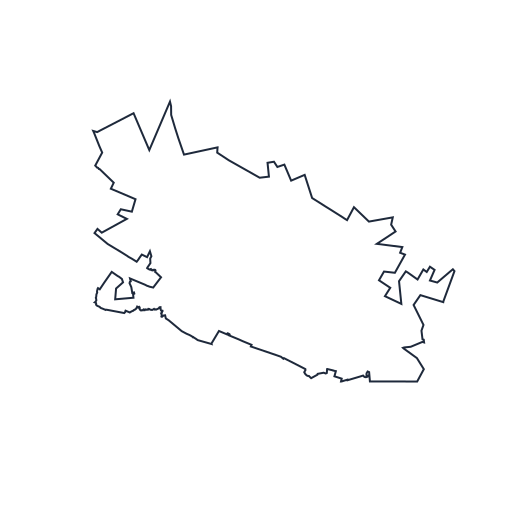 Cusihuiriachi, Chihuahua, Mexico, rotated 203°
{"feature_id": "50627088B62303278534016", "entity_name": "Cusihuiriachi", "entity_type": "district", "adm_level": 2, "iso_a3": "MEX", "parent_name": "Mexico", "parent_adm1": "Chihuahua", "projection": "mercator", "projection_center": [-106.822, 28.208], "detail": "fine", "context": "isolated", "style": "outline", "palette": "slate", "viewbox_px": 512, "rotation_deg": 203, "n_neighbors": 0, "source": "geoboundaries", "source_scale": "gbopen_adm2", "svg_char_len": 5465}
<svg xmlns="http://www.w3.org/2000/svg" viewBox="0 0 512 512"><g transform="rotate(203 256 256)"><path d="M157.5,165.1L153.1,170.7L153.2,171.6L148.1,175.0L145.9,175.1L145.1,176.0L146.4,179.7L146.3,179.8L140.4,180.8L140.3,180.7L137.5,181.2L136.8,175.9L129.2,176.6L128.7,173.7L128.1,174.0L126.5,175.4L123.5,177.9L123.2,177.4L112.9,185.9L110.7,187.8L109.1,187.1L108.5,187.1L107.7,187.3L107.0,187.7L106.5,188.2L106.1,188.6L105.9,189.1L105.9,189.5L106.1,189.6L106.4,189.2L106.8,189.0L107.4,189.0L107.6,189.2L107.8,189.5L108.4,191.2L108.1,193.3L106.5,193.3L102.1,185.0L74.1,196.9L58.6,203.4L57.3,217.4L68.0,224.9L83.7,228.5L84.8,228.9L83.9,229.7L83.2,230.1L78.1,232.9L69.3,241.9L67.5,242.1L68.9,244.5L70.2,244.4L74.5,251.9L74.9,258.0L91.8,272.5L89.4,284.2L65.6,286.7L65.8,287.5L67.4,319.6L69.6,320.7L71.4,317.2L78.8,302.4L86.3,301.4L86.2,313.0L91.7,314.1L92.6,308.0L96.7,309.0L98.1,297.5L109.9,300.1L112.1,300.4L114.5,288.7L103.5,268.7L121.6,269.4L120.0,279.2L133.3,281.7L132.1,291.7L121.6,294.8L119.4,315.5L124.6,315.3L124.8,321.4L149.5,314.4L137.1,333.1L143.8,337.6L144.0,338.5L145.2,345.0L165.5,331.8L184.9,339.2L186.2,324.6L189.4,325.1L190.9,325.4L191.4,325.5L206.0,327.9L211.2,328.7L227.0,331.3L242.9,349.7L253.1,339.1L265.6,351.2L270.8,346.6L271.1,346.3L276.3,349.8L281.8,346.3L275.1,334.1L283.2,329.5L318.5,333.5L332.1,336.0L333.7,340.5L333.7,340.8L333.8,341.0L361.9,321.2L373.7,334.3L380.5,342.2L389.2,352.7L392.7,360.7L395.5,364.5L395.6,311.8L424.5,339.6L448.1,311.1L450.6,308.0L454.7,307.5L453.6,306.5L443.2,296.0L438.0,291.1L439.3,276.4L438.9,276.3L438.7,276.2L438.3,276.0L436.9,275.3L436.7,275.3L436.4,275.4L435.9,275.4L435.7,275.4L434.6,274.7L433.9,274.9L415.6,267.9L415.9,261.2L389.1,261.2L387.6,248.3L398.7,246.2L399.6,240.3L389.4,239.7L407.1,217.2L412.5,219.0L413.6,214.0L397.2,209.1L380.4,206.7L374.9,205.8L374.2,205.7L373.6,205.5L373.1,205.4L369.2,205.0L363.6,204.1L362.8,207.2L362.8,207.7L361.7,212.7L355.8,212.4L355.5,218.9L352.2,214.9L352.4,212.3L350.4,208.2L351.4,203.2L351.5,202.6L351.5,202.3L351.2,202.2L348.7,201.9L348.4,202.0L348.2,202.4L348.0,202.7L347.7,202.9L347.5,202.6L347.2,202.3L346.9,202.1L346.6,202.2L346.4,202.2L346.0,202.2L345.8,202.2L345.7,202.3L345.7,202.5L345.6,202.8L345.2,202.8L345.2,203.0L344.9,203.1L344.7,203.1L344.7,203.4L344.6,203.5L344.3,203.4L344.1,203.4L344.0,203.5L343.8,203.7L343.6,203.8L343.3,203.8L343.0,203.6L342.9,203.5L342.9,203.3L342.8,203.0L342.7,202.6L342.5,201.9L342.4,201.9L342.1,201.9L335.1,199.3L338.3,186.8L341.8,186.2L342.3,186.1L343.0,186.2L344.5,186.0L347.0,186.2L363.2,186.1L361.4,183.7L362.0,182.9L361.8,181.6L358.6,178.6L355.5,173.7L354.1,174.8L353.3,173.8L354.1,172.6L352.5,169.7L368.7,161.1L372.1,171.4L368.1,179.8L370.5,182.5L374.1,183.4L375.4,183.5L382.6,185.0L385.3,172.2L386.8,164.3L388.9,164.7L389.0,164.0L388.7,162.3L388.6,161.6L388.5,161.3L388.0,160.4L387.9,160.3L387.9,158.5L387.9,158.3L387.4,156.8L387.2,156.1L387.1,155.9L387.1,154.9L386.9,154.7L386.3,154.0L385.7,152.8L385.6,152.6L386.0,150.9L386.3,150.3L386.2,150.3L385.8,150.5L385.5,150.5L385.3,150.5L385.2,150.4L384.9,150.2L384.7,150.0L384.6,149.8L384.3,149.1L384.2,148.7L383.2,148.2L382.1,148.1L380.1,148.1L379.6,147.9L379.0,147.6L378.0,147.5L377.1,147.6L373.4,147.6L373.3,147.9L372.4,148.2L355.0,152.0L354.5,153.3L354.5,153.6L354.7,154.0L354.7,154.7L350.1,154.7L349.7,155.5L349.4,155.7L348.3,157.1L348.2,157.2L347.9,157.3L347.8,157.5L347.6,157.8L347.4,158.1L347.4,158.4L347.3,158.5L347.0,158.4L347.1,158.5L346.9,158.9L346.8,159.1L346.5,159.3L346.4,159.4L346.2,159.9L345.8,160.5L345.8,160.8L345.6,161.2L345.7,161.9L345.6,162.1L345.6,162.5L345.6,163.0L345.1,162.9L344.7,162.7L343.9,162.5L343.7,162.6L343.7,163.2L343.8,163.5L343.7,163.6L343.0,163.2L342.8,162.8L342.6,162.5L342.5,162.0L342.2,161.5L341.7,161.2L341.1,161.0L340.7,160.9L340.5,161.0L340.4,161.0L340.1,161.4L339.7,161.6L339.3,161.8L339.2,161.8L338.9,161.8L338.8,162.2L338.8,162.5L338.6,163.0L338.3,163.1L337.4,162.6L337.2,162.6L336.7,163.7L336.6,163.8L336.0,163.7L335.8,163.7L335.2,164.2L334.9,164.3L334.5,164.3L334.3,164.5L334.2,164.8L334.4,165.2L334.4,165.3L334.1,165.4L333.8,165.3L333.7,165.4L333.6,165.5L333.3,165.5L333.1,165.4L332.8,165.3L332.4,165.3L332.0,165.4L331.6,165.4L331.0,165.7L330.7,165.7L330.4,165.9L330.1,166.1L329.9,166.5L329.4,167.2L329.2,167.5L328.5,167.2L328.2,167.1L327.8,167.3L327.6,167.7L327.3,167.8L326.8,167.8L326.7,167.9L326.6,168.1L326.2,168.5L326.0,168.8L325.3,169.5L325.1,169.8L325.0,170.4L324.8,171.1L324.2,171.5L323.9,171.6L323.8,171.3L323.7,171.0L323.4,170.6L323.3,170.0L323.0,169.8L322.7,169.4L322.2,168.8L322.1,168.7L321.8,168.7L320.7,169.1L320.5,168.9L320.5,168.7L320.7,168.2L320.7,167.7L320.6,167.3L320.5,167.1L320.5,166.6L320.9,166.2L320.4,165.8L320.1,165.2L319.7,165.0L319.5,164.7L319.5,163.4L319.3,163.2L318.9,163.3L318.7,163.4L318.6,163.7L318.4,164.0L318.3,164.4L318.1,164.6L317.8,164.9L317.6,165.3L316.5,165.9L314.6,163.3L311.2,162.7L295.0,157.8L289.5,157.3L286.5,157.3L284.4,157.1L283.2,156.9L282.4,156.6L282.3,156.8L282.2,156.9L281.1,156.6L280.3,156.5L279.0,156.3L276.8,155.8L262.6,157.6L262.8,157.8L262.8,158.0L260.8,172.5L252.0,172.5L252.0,173.2L251.8,173.2L251.7,173.8L250.3,173.7L250.3,173.3L249.7,173.3L249.8,172.4L239.2,172.5L235.0,172.4L225.4,172.5L225.4,170.7L198.4,172.7L193.6,173.0L190.7,172.1L190.4,172.9L166.4,171.2L165.9,170.3L166.2,167.9L165.3,167.3L165.1,166.9L164.5,166.7L163.3,166.1L162.6,165.9L161.7,165.8L161.2,166.0L160.2,166.2L159.7,165.9L157.5,165.1Z" fill="none" stroke="#1e293b" stroke-width="2"/></g></svg>